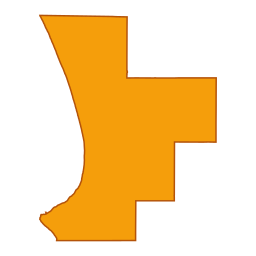 the district of Kingston (SA), South Australia, Australia
{"feature_id": "25037944B29779306176871", "entity_name": "Kingston (SA)", "entity_type": "district", "adm_level": 2, "iso_a3": "AUS", "parent_name": "Australia", "parent_adm1": "South Australia", "projection": "natural_earth1", "projection_center": [139.822, -36.641], "detail": "fine", "context": "isolated", "style": "filled", "palette": "amber", "viewbox_px": 256, "rotation_deg": 0, "n_neighbors": 0, "source": "geoboundaries", "source_scale": "gbopen_adm2", "svg_char_len": 5099}
<svg xmlns="http://www.w3.org/2000/svg" viewBox="0 0 256 256"><path d="M39.9,15.4L40.0,15.8L40.1,16.0L40.2,16.3L40.3,16.5L40.5,16.7L41.0,17.5L41.1,17.8L41.4,18.5L41.6,18.9L41.8,19.2L42.0,19.6L42.3,20.2L42.4,20.4L42.5,20.5L43.0,21.4L43.7,23.1L43.8,23.4L44.2,24.0L44.5,24.5L44.6,24.9L44.6,25.1L45.1,26.1L45.2,26.5L45.4,27.0L45.6,27.5L45.9,27.9L45.9,28.1L46.2,28.6L46.5,29.2L46.8,29.6L47.0,30.1L47.3,30.9L47.7,31.6L48.5,32.9L48.8,33.7L49.0,34.3L49.3,34.9L49.5,35.5L49.6,35.8L49.6,36.0L50.1,37.2L50.3,38.0L50.7,38.7L50.9,38.9L51.3,39.8L51.3,40.0L51.5,40.4L51.7,41.1L52.0,41.8L52.2,42.3L52.4,42.7L52.6,43.1L53.0,44.0L53.2,44.4L53.4,45.0L53.7,45.6L53.8,46.0L54.0,46.5L54.2,47.1L54.7,48.1L54.8,48.6L55.0,48.9L55.1,49.2L55.5,50.0L55.6,50.4L55.7,50.6L55.8,50.7L55.9,51.1L56.1,51.5L56.4,52.6L56.5,53.0L56.7,53.5L57.2,54.8L57.4,55.1L57.6,55.7L57.8,56.1L57.9,56.3L57.9,56.5L58.0,56.8L58.2,57.3L58.3,57.7L58.4,57.9L58.5,58.1L58.6,58.3L58.8,58.6L58.9,59.0L59.1,59.5L59.2,59.8L59.4,60.4L59.8,61.2L60.0,61.9L60.4,62.7L60.7,63.6L61.1,64.4L61.5,65.2L61.6,65.6L61.8,65.9L61.9,66.3L62.4,67.2L62.6,67.7L62.9,68.2L63.3,69.2L64.0,71.1L64.3,71.9L64.5,72.4L64.8,73.2L64.8,73.5L65.5,74.7L65.9,75.7L66.3,76.8L67.0,78.6L67.2,79.5L67.5,80.1L67.6,80.7L68.1,82.0L68.2,82.5L68.7,83.8L68.9,84.6L69.1,85.1L69.8,87.1L69.9,87.3L70.0,87.6L70.1,87.9L70.2,88.5L70.4,88.9L70.8,90.3L71.0,90.9L71.9,94.2L72.5,95.9L72.6,96.5L72.9,97.8L73.4,99.6L73.7,100.3L74.4,102.7L74.6,103.4L74.8,103.9L75.0,104.5L75.1,104.9L75.2,105.5L75.4,106.5L75.6,107.1L75.8,107.8L75.9,108.2L76.1,108.7L76.3,109.2L76.4,109.9L76.6,110.8L77.0,111.9L77.2,112.7L77.5,113.5L77.7,114.8L77.7,115.1L77.9,115.6L78.2,116.4L78.4,117.1L78.5,117.9L78.6,118.2L78.7,118.4L78.9,118.9L79.0,119.4L79.3,120.4L79.3,120.7L79.5,121.1L79.6,122.0L79.9,122.9L80.1,123.7L80.2,124.2L80.4,124.7L80.9,127.0L81.4,128.8L82.2,132.8L82.5,133.9L83.0,136.5L83.2,137.2L83.5,138.8L83.8,140.3L84.0,141.3L84.1,142.4L84.2,143.5L84.3,146.2L84.5,149.3L84.6,150.3L84.5,153.0L84.5,153.6L84.4,154.6L84.3,155.5L84.3,157.9L84.4,159.8L84.4,160.5L84.3,162.3L84.2,164.6L84.0,166.0L83.8,167.7L83.6,168.9L83.3,171.0L83.2,171.2L83.3,171.3L83.1,172.2L83.0,172.7L82.9,173.2L82.5,174.2L82.3,175.1L82.3,176.1L82.0,177.1L82.0,177.5L81.8,178.1L81.7,178.4L81.8,179.0L81.7,179.2L81.7,179.5L81.5,180.5L81.4,180.9L81.3,181.2L81.3,181.4L81.1,181.6L80.7,182.8L80.6,183.1L80.4,183.3L80.3,183.5L80.2,184.2L80.0,184.4L79.8,185.1L79.5,185.6L79.4,185.8L79.1,186.2L79.0,186.5L78.8,186.7L78.5,187.2L78.3,187.8L78.1,188.1L77.7,188.5L77.4,188.9L77.2,189.0L76.4,189.6L75.8,190.3L75.7,190.4L75.4,191.3L75.0,191.9L74.7,192.5L74.5,193.0L74.2,193.4L74.0,193.6L73.7,194.0L73.3,194.4L73.0,194.6L72.6,194.9L72.0,195.5L71.8,195.9L71.2,196.3L70.7,196.4L70.3,196.6L70.0,196.9L69.8,197.0L69.1,197.9L68.6,198.6L68.4,198.9L68.1,199.5L67.8,199.9L67.4,200.6L67.0,200.9L66.3,201.4L65.9,201.6L65.4,202.0L65.0,202.3L63.9,202.8L63.4,202.9L63.0,203.0L62.6,203.1L62.4,203.1L62.2,203.2L61.8,203.4L61.0,203.8L60.5,204.1L60.2,204.2L59.9,204.4L59.6,204.5L59.3,204.7L59.1,204.7L58.8,204.9L58.6,205.0L58.0,205.1L57.9,205.2L57.5,205.5L57.2,205.8L56.8,206.1L56.6,206.3L56.2,206.6L55.9,206.8L55.7,206.9L55.2,207.0L54.5,207.1L54.2,207.3L53.8,207.6L53.6,207.8L53.4,207.9L53.0,208.4L52.8,208.7L52.5,208.9L52.2,209.3L51.8,209.8L51.5,210.2L51.3,210.4L51.1,210.6L50.8,211.0L50.1,211.5L49.8,211.6L49.6,211.8L49.0,212.1L48.5,212.4L46.7,213.6L46.0,212.3L45.8,212.3L46.2,213.3L46.0,213.5L45.9,213.6L45.9,213.8L45.9,214.0L45.7,214.1L44.7,214.4L43.8,214.3L43.1,214.4L42.5,214.6L42.2,214.7L41.8,214.7L41.6,214.7L41.3,214.5L41.2,214.5L40.9,214.9L40.8,215.3L40.7,215.6L40.7,216.0L40.7,216.5L40.5,217.0L40.4,217.3L40.1,217.5L40.0,217.9L40.0,218.5L39.9,218.8L39.8,219.1L39.8,219.3L40.2,219.8L40.3,219.9L40.5,220.2L40.7,220.5L40.8,221.0L41.1,221.4L41.2,221.7L41.4,221.9L41.9,222.3L42.2,222.7L42.6,223.1L42.8,223.5L43.0,223.7L43.2,223.9L43.5,224.2L44.2,224.9L44.7,225.4L45.2,225.9L45.6,226.2L45.9,226.3L46.1,226.4L46.4,226.7L46.6,226.9L46.8,227.1L47.1,227.4L47.2,227.5L47.5,227.7L48.1,228.0L48.5,228.6L48.7,228.9L48.8,229.0L49.1,229.1L49.5,229.6L49.9,229.9L50.4,230.2L50.9,230.6L51.1,230.7L51.5,231.1L51.8,231.4L52.1,231.9L52.3,232.1L52.7,232.5L52.9,232.8L53.1,233.0L53.3,233.3L53.8,233.9L54.0,234.1L54.1,234.5L54.4,234.9L54.6,235.3L54.9,235.6L55.2,235.9L55.7,236.8L56.0,237.1L56.1,237.3L56.6,238.1L56.7,238.8L56.8,239.3L56.8,239.8L56.6,240.4L56.6,240.6L76.9,240.6L93.7,240.6L107.0,240.6L135.6,240.5L135.6,231.6L135.8,200.8L174.3,200.8L174.3,196.8L174.2,195.3L174.3,195.2L174.5,142.0L203.5,142.1L207.9,142.0L208.5,142.0L213.8,142.1L215.1,142.1L215.6,142.1L216.0,142.1L216.0,137.2L216.0,122.7L216.1,105.4L216.1,99.7L216.2,77.9L202.8,77.9L201.2,77.9L178.2,77.9L174.7,78.0L155.9,78.0L155.8,77.9L154.4,77.9L154.1,78.0L135.9,77.9L126.9,78.0L126.9,77.9L126.8,76.4L126.9,76.1L126.9,75.8L126.8,74.8L127.0,74.5L127.0,74.3L126.9,74.1L126.8,73.6L127.2,72.9L127.1,72.5L127.2,72.4L127.4,72.1L127.4,71.9L127.1,71.6L127.1,71.3L127.2,71.1L127.2,70.9L126.9,70.6L126.9,57.6L127.0,33.3L127.0,32.2L127.0,29.2L127.1,16.9L116.2,16.7L112.5,16.5L39.9,15.4Z" fill="#f59e0b" stroke="#b45309" stroke-width="1.5"/></svg>